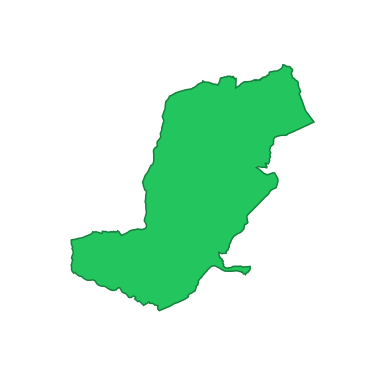 Homorod, Brasov, Romania, rotated 336°
{"feature_id": "2599482B44923820513317", "entity_name": "Homorod", "entity_type": "district", "adm_level": 2, "iso_a3": "ROU", "parent_name": "Romania", "parent_adm1": "Brasov", "projection": "natural_earth1", "projection_center": [25.353, 46.075], "detail": "fine", "context": "isolated", "style": "filled", "palette": "green", "viewbox_px": 384, "rotation_deg": 336, "n_neighbors": 0, "source": "geoboundaries", "source_scale": "gbopen_adm2", "svg_char_len": 6059}
<svg xmlns="http://www.w3.org/2000/svg" viewBox="0 0 384 384"><g transform="rotate(336 192 192)"><path d="M214.8,283.6L208.7,281.6L207.4,280.7L206.3,279.5L204.9,279.3L204.7,278.8L203.5,278.6L201.0,277.2L200.0,277.1L199.1,276.6L196.9,276.9L192.7,275.7L191.8,274.9L191.2,273.6L190.5,272.6L191.4,271.2L191.4,269.1L192.3,268.0L192.4,267.7L192.1,267.0L191.7,266.7L191.8,266.5L191.7,266.2L192.0,265.9L192.0,265.3L191.9,264.9L191.0,263.9L191.1,263.5L190.9,263.3L191.2,263.0L190.7,262.3L191.9,258.0L192.9,258.9L194.0,260.3L194.7,260.7L195.5,260.7L198.2,261.9L199.0,260.6L199.6,259.9L200.5,259.9L201.5,259.4L202.7,257.9L203.4,257.6L203.9,256.9L204.6,255.2L206.3,254.2L207.7,252.7L209.2,251.3L212.1,249.5L217.6,248.5L218.5,248.7L220.0,248.6L221.9,248.0L222.7,247.4L223.5,247.4L224.4,246.7L225.2,245.7L225.7,244.6L227.1,243.1L228.0,243.4L229.6,243.1L230.5,242.7L230.8,242.2L230.8,241.0L231.3,239.8L232.1,236.5L233.5,235.6L248.4,229.8L256.6,226.4L259.5,225.6L261.4,224.8L263.4,223.2L264.5,222.7L266.4,222.3L270.6,222.3L274.5,217.7L275.2,216.5L275.6,215.2L275.8,214.1L275.2,208.3L274.1,207.4L268.3,207.0L267.6,206.7L265.2,204.1L262.9,199.0L260.8,195.9L263.1,195.9L264.8,197.0L265.6,197.8L268.4,198.9L269.7,200.0L269.8,199.5L270.3,199.6L270.2,199.0L270.7,199.1L270.7,197.5L271.2,196.8L270.8,196.6L270.8,196.2L270.2,195.2L272.5,196.7L272.9,197.3L274.6,196.2L274.9,195.6L275.8,194.8L275.9,194.0L276.3,192.9L278.0,191.9L278.1,190.0L278.6,189.5L278.7,188.9L279.6,188.5L280.0,187.8L279.7,186.4L279.9,185.5L280.5,184.5L281.1,184.1L281.7,183.0L282.0,182.7L283.7,182.0L284.9,181.8L286.0,181.2L288.1,176.9L288.9,176.3L290.0,175.8L290.8,175.7L294.3,176.1L296.5,176.5L300.1,178.1L302.0,178.5L303.9,177.8L307.1,178.1L331.9,177.7L328.8,163.8L329.8,152.3L329.7,150.4L330.0,148.7L329.7,145.9L330.2,145.8L332.1,144.4L332.1,142.3L332.3,141.1L332.0,140.3L332.5,138.0L332.5,137.3L333.6,135.1L333.0,133.0L332.0,131.7L331.5,129.7L330.7,129.0L330.4,128.3L330.5,126.9L330.9,125.9L330.7,124.5L331.6,123.3L333.0,122.3L333.7,120.8L332.8,119.4L332.7,118.0L332.4,117.3L330.7,116.3L329.4,115.9L329.0,114.7L328.6,114.1L327.0,112.8L326.5,112.9L326.0,113.9L324.6,115.2L323.0,115.7L319.1,116.1L317.2,115.3L315.1,114.7L314.3,114.7L312.0,114.0L311.5,114.1L311.0,114.4L310.6,115.4L309.4,116.4L309.0,116.3L308.8,116.0L308.4,115.9L307.5,116.2L307.3,116.5L306.7,116.6L306.5,116.9L306.2,116.7L305.7,116.8L305.0,116.3L303.9,116.4L303.5,116.0L302.9,116.7L302.2,116.4L301.7,116.4L301.3,116.9L301.1,116.8L301.1,116.5L300.7,116.6L300.4,117.2L299.5,117.6L299.2,117.3L299.3,117.0L299.2,116.8L297.7,116.7L297.4,116.4L297.0,116.7L296.5,116.4L296.5,115.9L295.6,116.1L295.7,115.6L295.4,115.7L294.7,115.3L294.8,115.0L290.6,114.9L289.2,114.3L288.0,114.1L285.7,113.0L284.4,112.6L281.3,113.0L278.2,114.2L274.3,114.6L278.4,106.5L277.5,106.4L277.6,105.7L276.8,105.4L277.0,104.6L276.5,104.1L276.6,103.2L276.4,103.1L276.2,103.1L275.8,103.6L275.2,103.6L275.0,103.1L274.2,102.4L274.3,102.0L271.5,100.6L270.4,100.9L269.2,100.3L267.5,100.0L266.3,100.1L264.9,99.5L264.1,99.8L262.2,102.3L259.0,104.8L258.0,103.6L254.8,101.6L254.4,101.0L253.7,100.6L253.0,99.6L252.2,98.9L248.1,96.5L247.1,94.9L246.3,96.0L241.5,96.0L239.0,96.9L237.2,97.3L234.8,97.3L233.7,97.6L228.2,96.2L222.6,95.3L217.4,94.8L212.2,95.5L210.5,95.2L209.8,96.0L207.0,97.9L205.5,98.4L204.6,99.0L200.9,105.5L198.6,107.6L196.9,109.7L196.2,110.2L195.5,111.0L195.4,114.6L194.6,116.5L193.2,117.6L192.9,118.4L190.6,120.9L189.4,123.3L186.9,125.6L185.8,129.0L183.9,130.3L181.2,131.5L180.5,132.2L179.6,133.8L179.0,136.0L175.9,136.7L174.5,137.6L173.6,138.5L171.6,144.0L170.9,145.2L170.1,147.3L168.0,150.3L166.0,151.1L165.1,151.1L160.5,155.1L157.9,156.9L156.7,157.3L155.1,158.6L152.8,161.1L151.1,162.6L150.7,163.9L150.3,166.4L150.0,167.0L150.0,168.5L149.7,170.8L150.7,172.8L150.2,173.8L149.7,174.4L148.4,176.2L147.0,179.1L145.2,181.9L145.0,183.8L143.2,188.3L142.1,191.9L141.6,192.8L136.9,198.4L136.7,199.4L137.0,201.4L137.0,203.1L136.6,204.5L136.2,205.2L135.7,205.6L134.5,206.2L131.8,206.2L130.2,205.3L129.0,205.0L127.6,203.7L124.7,203.3L124.1,203.0L123.1,202.9L122.8,202.7L121.9,202.4L119.3,202.2L116.6,202.8L112.0,203.0L109.7,202.7L109.4,200.4L109.0,199.8L109.2,198.8L108.1,197.2L107.4,197.6L105.7,197.6L105.6,197.0L104.6,196.8L104.2,196.0L102.5,196.2L102.2,195.4L99.2,194.8L96.9,192.9L94.1,191.5L93.0,193.1L92.3,192.9L89.9,190.7L88.1,189.3L86.3,188.8L85.1,188.0L84.2,189.0L81.9,189.4L73.0,189.1L70.6,188.6L69.0,188.0L67.9,188.1L67.1,187.8L64.7,187.5L63.8,187.0L62.2,186.7L60.6,190.7L60.5,193.7L59.3,195.0L59.3,195.8L59.5,196.3L58.9,199.1L58.6,199.6L55.7,202.5L55.2,203.3L55.0,204.0L55.5,204.5L55.6,204.9L53.2,208.3L51.9,209.6L51.7,211.0L50.3,214.2L50.3,215.2L50.8,218.1L52.3,217.9L53.0,219.9L54.5,222.4L54.9,223.0L56.6,224.0L58.0,227.0L59.3,228.8L60.6,230.1L63.4,231.3L65.3,231.8L66.5,232.7L67.4,233.8L67.7,236.8L68.7,239.1L71.0,241.2L74.2,242.9L76.0,246.0L77.5,247.5L77.2,247.5L77.2,247.8L79.3,249.5L81.0,250.3L81.8,250.2L83.0,250.6L83.8,250.0L84.8,249.9L85.9,249.4L87.1,250.3L87.5,254.8L88.2,256.1L90.3,258.1L90.8,259.4L91.3,262.4L92.8,263.4L93.5,263.6L95.5,263.1L96.4,263.3L97.0,264.2L97.6,265.6L96.2,266.4L98.0,270.1L99.5,270.2L101.7,275.9L108.1,275.1L107.9,275.9L108.2,276.5L110.8,277.9L111.3,278.4L112.0,280.2L113.2,280.7L114.4,281.8L114.3,282.6L113.7,283.1L113.7,283.8L113.2,284.9L113.4,285.9L113.9,287.1L125.8,287.3L128.6,287.1L129.1,286.8L131.5,286.8L133.4,287.1L140.9,287.1L145.1,286.6L146.2,286.1L146.1,285.3L146.8,284.6L148.4,284.1L151.0,284.1L152.0,283.8L152.3,283.9L153.1,283.7L154.3,283.7L154.6,283.4L156.7,281.3L157.8,279.5L159.5,279.3L160.0,278.6L160.1,278.2L161.1,277.5L160.9,276.9L161.1,276.6L163.0,274.9L166.1,273.8L168.4,272.3L170.4,271.5L171.2,271.0L172.9,270.5L175.0,269.3L178.4,268.0L179.8,267.9L181.2,268.1L183.2,268.9L183.7,269.8L186.3,272.8L186.8,273.6L187.1,274.4L189.7,277.5L195.3,280.3L200.9,282.2L204.0,284.6L204.4,285.0L205.0,285.1L204.8,285.6L205.4,286.2L205.7,287.6L205.9,287.9L206.6,288.0L207.2,289.2L208.3,288.3L209.5,288.1L210.3,288.3L210.7,287.8L212.6,287.1L214.1,285.7L214.8,283.6Z" fill="#22c55e" stroke="#15803d" stroke-width="1.5"/></g></svg>